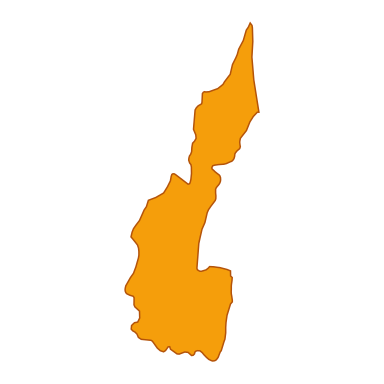 San Francisco Zapotitlán, Suchitepéquez, Guatemala (Natural Earth projection)
{"feature_id": "79465075B91697613076803", "entity_name": "San Francisco Zapotitlán", "entity_type": "district", "adm_level": 2, "iso_a3": "GTM", "parent_name": "Guatemala", "parent_adm1": "Suchitepéquez", "projection": "natural_earth1", "projection_center": [-91.517, 14.633], "detail": "fine", "context": "isolated", "style": "filled", "palette": "amber", "viewbox_px": 384, "rotation_deg": 0, "n_neighbors": 0, "source": "geoboundaries", "source_scale": "gbopen_adm2", "svg_char_len": 2773}
<svg xmlns="http://www.w3.org/2000/svg" viewBox="0 0 384 384"><path d="M170.5,349.2L177.0,353.9L179.2,354.1L184.8,352.0L188.1,352.4L191.5,355.5L193.1,355.3L194.5,353.9L194.9,352.1L196.0,351.1L197.2,350.7L199.9,350.8L202.3,352.7L203.8,354.6L206.5,357.4L208.8,359.4L211.3,360.6L212.7,361.0L214.8,360.7L216.2,359.9L217.5,358.3L218.3,357.0L218.9,355.3L219.8,353.0L220.4,351.6L221.2,350.8L224.0,341.6L224.9,339.2L225.7,332.9L225.7,327.5L226.0,322.5L227.0,315.4L230.5,304.0L232.3,301.9L232.3,300.1L232.0,298.1L231.8,296.6L231.5,294.9L231.3,293.8L231.2,291.5L231.3,289.4L231.3,287.5L231.3,285.9L231.5,284.0L232.0,280.6L232.2,277.5L230.6,276.0L230.5,270.9L227.1,269.5L219.8,267.6L217.9,267.4L213.7,266.8L209.6,266.6L208.3,268.1L206.0,269.9L201.3,271.3L199.7,271.2L198.7,270.6L197.4,269.8L196.9,268.3L198.8,243.4L200.0,237.9L202.0,229.2L204.9,222.6L207.2,212.7L208.5,209.7L210.9,206.2L215.2,200.5L215.8,198.8L215.9,195.9L215.6,193.0L215.6,190.9L215.6,189.3L216.0,188.2L217.0,186.7L218.5,185.0L219.5,183.6L220.0,182.5L220.5,181.0L220.6,179.5L220.5,177.6L219.8,175.7L219.1,174.9L217.1,173.4L215.0,171.7L213.7,170.4L212.1,169.0L211.8,167.8L212.7,165.8L214.4,165.2L218.4,164.6L223.8,164.2L226.3,163.6L230.5,161.7L231.7,161.3L232.5,160.6L233.4,159.6L234.0,158.5L234.6,156.5L234.9,153.8L235.5,152.8L237.0,150.9L239.7,148.6L240.3,146.7L239.9,144.3L239.7,142.1L239.9,140.6L240.4,138.3L241.3,137.1L246.4,130.6L249.9,121.9L253.3,116.5L257.3,112.2L258.9,112.2L253.8,80.0L251.9,57.1L252.8,41.5L252.4,27.8L252.0,25.4L250.2,23.0L248.3,27.2L246.3,30.1L243.3,40.5L238.7,49.2L237.3,54.4L235.9,57.7L232.5,64.5L230.2,74.4L228.8,76.1L224.5,81.8L223.0,84.4L217.8,88.6L209.2,91.7L205.8,92.0L204.6,91.7L203.4,92.2L202.4,93.6L202.0,102.3L201.6,103.8L200.5,104.5L198.2,105.8L196.4,107.7L195.1,110.0L193.5,129.3L195.8,134.9L196.1,138.4L194.5,141.2L192.6,143.2L191.9,147.2L191.6,151.8L190.6,154.4L189.5,155.9L188.9,158.1L188.7,160.1L189.6,162.9L190.9,164.6L191.4,167.0L191.5,173.5L190.9,179.4L190.2,182.3L189.6,183.7L188.1,184.2L175.4,174.5L174.1,173.8L172.9,173.8L171.9,174.4L171.2,176.3L170.4,180.9L167.4,186.9L163.6,193.0L155.8,197.5L148.4,200.3L146.4,206.7L144.2,209.9L139.5,220.5L136.0,225.1L133.5,228.7L132.1,232.2L131.0,236.9L132.1,238.2L135.2,242.0L137.5,245.0L138.5,248.0L138.9,251.4L138.9,255.2L138.4,258.1L137.1,262.6L135.9,266.9L133.5,273.3L130.5,277.5L125.8,285.8L125.3,287.9L125.1,289.3L125.2,291.0L125.8,292.6L126.7,293.7L128.3,294.5L130.0,295.3L133.1,296.2L134.1,297.6L134.0,304.8L134.9,306.9L139.5,311.1L139.7,318.0L137.7,322.1L134.5,322.7L131.6,325.4L131.2,329.1L132.7,330.8L135.0,332.1L137.0,334.1L138.4,337.4L141.2,339.3L151.0,340.3L152.4,341.2L157.4,348.2L160.3,350.7L163.6,351.8L165.5,350.6L168.2,346.8L169.7,346.7L170.5,349.2Z" fill="#f59e0b" stroke="#b45309" stroke-width="1.5"/></svg>